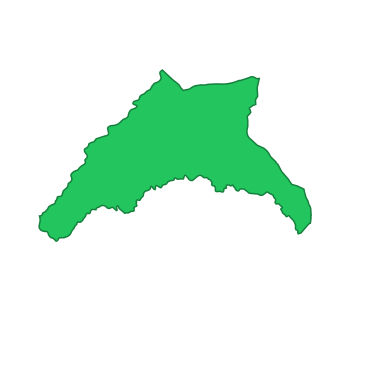 the district of Sanarate, El Progreso, Guatemala, rotated 312°
{"feature_id": "79465075B63820217074048", "entity_name": "Sanarate", "entity_type": "district", "adm_level": 2, "iso_a3": "GTM", "parent_name": "Guatemala", "parent_adm1": "El Progreso", "projection": "robinson", "projection_center": [-90.277, 14.777], "detail": "fine", "context": "isolated", "style": "filled", "palette": "green", "viewbox_px": 384, "rotation_deg": 312, "n_neighbors": 0, "source": "geoboundaries", "source_scale": "gbopen_adm2", "svg_char_len": 5961}
<svg xmlns="http://www.w3.org/2000/svg" viewBox="0 0 384 384"><g transform="rotate(312 192 192)"><path d="M64.4,123.4L64.8,124.1L65.5,124.5L66.2,124.5L68.2,124.1L69.2,124.2L69.6,124.4L72.2,127.3L75.2,129.0L77.8,129.8L79.6,129.7L83.0,128.7L86.8,128.5L88.1,127.8L90.6,128.0L91.8,127.3L92.5,127.3L93.2,127.4L93.6,127.7L94.6,129.0L95.1,129.4L96.6,129.6L97.8,129.7L99.9,129.2L101.7,129.2L102.6,129.1L104.1,128.4L104.8,128.3L105.5,128.3L106.1,128.6L107.4,130.2L107.9,130.3L108.5,130.2L110.2,129.3L111.3,129.2L111.9,129.3L112.8,130.1L114.6,132.5L115.8,131.8L116.5,131.9L118.6,133.0L121.0,133.7L121.7,134.2L122.7,135.2L123.2,136.1L123.6,137.3L123.5,139.5L123.6,140.2L123.8,140.7L124.7,141.8L126.5,142.4L127.1,142.8L127.4,143.2L127.6,143.9L127.6,148.2L128.2,148.5L128.8,148.0L130.3,146.0L130.8,145.7L131.5,145.7L132.1,146.2L132.1,146.8L131.8,147.4L131.4,147.9L131.1,148.9L131.0,150.3L131.2,154.0L131.2,156.3L132.4,156.9L133.2,158.0L133.8,158.6L135.0,159.2L136.6,159.6L137.0,159.8L138.2,161.1L138.7,161.4L139.4,161.4L141.7,159.4L142.7,159.4L144.1,160.2L144.8,160.2L145.1,160.0L146.0,158.4L146.6,157.9L147.1,157.8L148.0,156.8L148.6,156.3L149.0,156.4L149.6,156.8L150.3,158.0L150.8,158.7L151.5,158.7L153.4,158.3L156.0,158.4L156.7,158.2L159.1,156.7L159.6,156.7L160.8,156.7L161.4,156.8L164.2,158.5L165.8,158.8L166.3,158.8L167.2,158.5L167.9,157.9L168.5,157.7L169.0,157.8L169.1,158.5L168.6,161.9L168.7,162.4L169.0,162.9L169.7,162.8L171.1,161.5L171.6,161.3L172.3,161.1L173.1,161.3L173.4,162.3L173.9,165.2L174.2,165.8L174.9,166.2L176.9,165.7L178.0,165.8L178.5,166.1L179.9,167.2L180.6,167.5L181.2,167.6L182.7,167.3L183.3,167.3L185.5,168.1L188.4,170.4L188.9,170.5L189.6,170.3L190.1,170.0L190.9,169.9L191.5,170.5L191.6,171.9L191.8,172.7L193.9,174.6L194.8,175.5L195.6,176.6L196.1,176.9L197.5,176.1L198.9,175.6L199.5,175.5L200.1,176.0L200.2,176.6L199.3,181.8L199.4,182.5L200.1,183.9L200.6,184.4L201.8,184.9L206.8,185.4L208.9,186.1L209.5,186.5L210.3,187.6L210.5,188.3L210.5,190.6L210.8,191.5L212.5,193.3L212.9,194.0L212.8,194.7L212.5,195.4L213.0,196.8L213.1,197.9L212.8,199.5L212.6,200.0L212.2,200.6L211.8,201.0L210.8,201.5L210.5,202.1L210.5,202.9L211.2,204.4L211.4,205.3L211.2,205.9L210.5,206.8L208.7,208.4L208.5,208.9L208.5,209.6L208.9,210.2L210.9,212.0L212.5,214.9L213.3,215.0L214.1,214.8L215.5,213.8L216.1,213.7L216.6,213.8L217.3,214.7L217.9,214.9L218.4,214.5L218.8,213.6L219.3,213.3L219.9,213.2L220.5,213.5L221.0,213.9L221.5,214.2L222.0,214.7L222.2,216.0L222.5,216.7L223.0,217.1L224.2,217.4L224.4,218.2L223.8,219.2L224.0,220.7L223.7,221.5L223.2,222.1L223.0,223.0L223.1,224.7L223.4,225.3L223.9,225.8L224.6,225.9L226.2,225.8L226.6,225.9L227.1,226.3L227.8,227.4L228.7,228.3L229.0,229.0L229.3,232.7L229.3,234.7L229.4,235.2L229.9,236.1L234.4,242.1L234.9,243.2L235.0,244.1L235.2,244.8L236.3,246.0L236.9,246.5L238.1,246.9L241.9,247.6L242.4,248.1L242.6,248.7L242.8,250.5L243.7,253.5L243.8,254.4L242.8,256.5L242.6,258.6L242.4,259.0L241.9,259.6L239.9,260.7L239.4,261.6L239.4,262.3L239.7,263.0L240.8,263.6L241.1,264.1L241.2,264.8L241.0,269.5L240.3,269.8L239.4,269.3L238.8,269.4L238.3,270.1L238.2,271.2L237.4,272.6L237.1,273.8L237.0,274.7L237.3,276.0L236.8,278.4L237.2,279.0L239.1,279.6L239.4,280.0L239.3,280.8L238.9,282.3L238.7,286.1L238.1,288.3L237.3,290.0L236.4,291.4L234.1,293.3L233.7,294.0L233.6,294.6L233.9,295.4L234.1,296.0L233.8,296.7L232.4,298.0L232.0,298.9L234.5,300.4L246.1,300.1L248.1,300.8L252.5,297.7L253.3,296.5L254.0,296.5L259.0,291.4L260.1,289.7L261.0,287.0L262.7,284.5L264.3,280.2L266.9,276.1L269.0,273.2L267.0,266.4L264.4,261.1L266.0,254.6L267.2,244.7L269.9,237.7L270.1,234.7L270.5,234.1L270.8,226.7L272.1,223.3L272.7,220.2L272.6,216.1L270.4,209.3L270.5,197.9L271.2,195.6L272.7,193.3L274.9,191.3L278.3,189.4L280.0,187.8L282.5,185.6L284.6,183.0L285.6,182.4L289.0,182.6L290.6,182.3L291.9,180.3L292.1,179.0L293.0,178.5L297.3,179.4L299.7,180.8L303.0,177.5L307.1,176.7L313.0,170.7L321.4,166.0L320.0,164.8L319.4,163.9L318.9,161.2L317.7,159.2L311.9,156.1L307.3,153.4L306.4,152.4L300.8,149.4L296.6,146.3L294.1,144.1L288.5,137.7L283.0,132.2L279.7,129.6L277.6,127.0L272.7,123.1L269.8,121.9L266.7,121.2L261.6,117.5L261.9,114.1L263.0,110.4L262.5,102.0L262.8,88.4L261.9,88.1L260.4,88.0L259.8,88.0L259.4,88.2L258.4,89.1L256.6,92.2L255.3,93.1L254.4,93.4L253.3,93.5L251.7,93.3L250.3,92.8L247.7,91.4L247.1,91.3L244.3,91.4L241.0,92.2L239.9,92.3L236.8,91.0L233.0,90.8L232.2,90.5L230.9,89.8L229.8,89.5L228.4,89.4L227.9,89.5L225.6,90.6L224.6,90.6L224.1,90.5L221.4,88.7L220.6,88.4L219.4,88.3L218.9,88.4L218.2,89.0L218.1,89.8L218.3,90.6L219.2,92.8L219.3,93.6L218.8,94.0L217.6,94.0L216.7,93.8L214.4,92.9L213.0,91.9L211.9,91.7L210.9,91.7L209.5,91.9L207.5,92.7L205.4,93.9L204.8,94.0L203.4,93.9L202.9,93.9L201.1,92.8L199.0,92.2L193.5,91.8L191.4,90.8L189.5,89.7L186.9,87.3L185.3,86.6L184.1,86.4L183.6,86.4L183.1,86.5L182.7,86.9L181.5,88.5L179.9,90.7L179.5,91.0L178.8,91.3L177.7,91.2L176.9,90.9L174.5,89.3L167.7,85.4L166.7,85.2L164.4,85.6L163.3,85.4L161.9,84.3L159.2,83.2L158.5,83.3L157.4,84.0L156.1,84.3L154.7,84.4L152.8,83.6L152.1,83.5L151.6,83.7L151.1,84.0L150.4,84.9L150.0,85.6L149.3,88.8L149.0,89.6L148.6,90.3L147.8,90.8L147.3,90.9L146.5,91.0L144.1,91.0L143.8,91.3L143.1,92.6L142.5,93.1L141.5,93.5L140.2,93.3L137.5,92.5L135.0,92.2L133.8,92.2L132.6,92.4L131.8,92.4L130.7,91.7L128.2,90.6L126.7,90.3L124.6,90.3L123.6,90.7L122.9,91.5L121.9,93.4L121.2,94.1L120.0,94.8L119.0,95.0L118.4,95.0L115.9,94.4L115.3,94.5L113.8,95.5L112.6,96.1L111.0,96.1L107.8,95.7L106.4,95.7L103.1,97.3L102.1,97.6L101.5,97.6L100.8,97.2L99.8,96.3L98.6,95.4L97.9,95.4L96.3,96.3L95.5,96.6L93.8,96.6L92.7,97.6L92.3,97.7L90.7,97.5L87.9,96.1L86.5,95.8L85.8,95.5L84.4,95.6L83.0,96.1L78.7,96.1L77.4,95.4L76.4,95.2L74.6,96.0L73.8,95.9L73.0,95.5L72.1,94.7L71.3,96.0L69.3,98.2L64.2,101.3L63.3,102.3L62.8,103.3L62.6,105.1L62.6,105.7L63.0,106.9L64.0,108.8L65.5,110.7L65.6,111.3L65.5,111.9L64.5,113.5L64.1,114.5L63.7,116.0L63.7,117.6L63.9,118.3L64.7,119.7L64.7,122.3L64.4,123.4Z" fill="#22c55e" stroke="#15803d" stroke-width="1.5"/></g></svg>